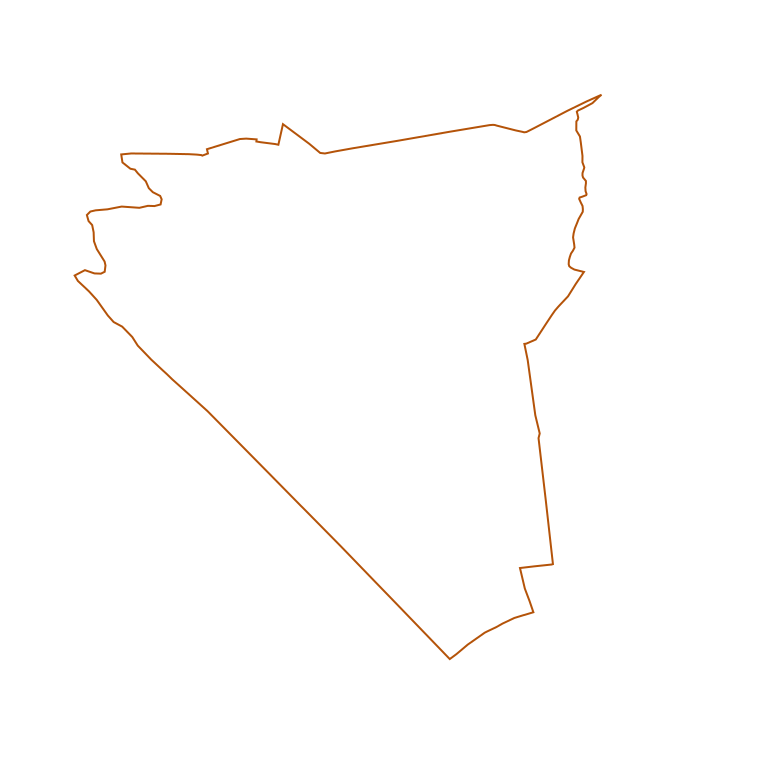 Quan 6, Hồ Chí Minh city, Vietnam (Albers equal-area conic projection), rotated 77°
{"feature_id": "81297802B35379290873600", "entity_name": "Quan 6", "entity_type": "district", "adm_level": 2, "iso_a3": "VNM", "parent_name": "Vietnam", "parent_adm1": "Hồ Chí Minh city", "projection": "albers", "projection_center": [106.632, 10.746], "detail": "fine", "context": "isolated", "style": "outline", "palette": "amber", "viewbox_px": 768, "rotation_deg": 77, "n_neighbors": 0, "source": "geoboundaries", "source_scale": "gbopen_adm2", "svg_char_len": 2277}
<svg xmlns="http://www.w3.org/2000/svg" viewBox="0 0 768 768"><g transform="rotate(77 384 384)"><path d="M101.2,588.4L109.3,589.0L117.2,582.7L119.1,578.5L123.4,576.4L132.9,570.5L140.3,569.1L145.1,566.1L150.4,559.8L154.0,559.1L158.8,561.3L159.0,567.6L157.3,573.9L157.3,582.7L152.1,599.7L151.6,614.1L149.9,626.0L149.9,631.3L152.5,635.5L158.8,635.2L163.5,632.6L170.9,632.8L179.6,634.5L187.9,633.5L201.8,628.7L205.8,628.7L211.8,630.9L212.8,635.0L211.1,641.3L205.8,649.8L208.7,661.0L214.7,659.1L227.4,650.6L237.4,645.0L255.1,637.7L262.8,633.5L269.2,626.2L281.6,618.7L291.2,615.3L307.9,605.3L321.1,596.4L325.3,593.5L331.8,589.3L345.9,579.4L370.7,562.1L448.0,514.5L451.6,512.3L484.2,492.3L485.9,491.2L532.7,462.4L575.1,436.9L601.3,421.1L666.8,381.8L663.6,374.4L656.8,361.1L649.0,341.9L648.3,339.1L647.6,335.9L646.1,329.1L644.1,322.4L641.3,309.7L640.6,299.8L640.6,298.8L640.0,289.8L628.3,291.0L615.0,292.8L593.9,292.9L595.5,278.4L597.6,261.3L597.5,259.9L581.0,258.0L533.4,252.5L471.5,245.6L467.6,243.6L467.2,243.4L448.5,243.6L393.0,238.6L376.5,238.2L376.7,236.3L374.8,226.1L362.1,212.9L354.7,205.1L350.9,200.9L347.9,196.8L346.4,194.6L341.4,187.1L340.0,185.0L329.7,174.7L319.8,164.0L317.1,169.3L315.3,172.8L312.8,175.6L310.9,177.0L308.8,177.1L305.1,176.0L301.9,174.3L298.9,172.4L296.6,169.9L294.0,167.7L290.8,167.3L283.7,166.8L280.0,165.4L275.3,163.0L270.2,159.4L267.1,157.3L260.9,151.6L258.4,150.9L255.2,150.5L251.5,151.4L247.5,152.2L246.3,151.4L246.1,148.8L245.5,144.5L244.5,143.9L241.4,144.2L237.8,143.6L233.9,142.1L231.6,141.6L227.6,143.6L225.5,143.7L223.1,143.1L219.2,140.7L218.0,140.1L212.6,140.8L206.4,139.3L192.8,137.9L186.9,137.4L180.2,139.6L171.4,137.5L170.1,135.8L168.1,134.8L164.4,134.8L162.1,134.9L161.2,133.6L159.9,127.6L158.0,120.6L157.2,117.7L152.7,110.2L151.1,107.0L154.3,123.2L159.1,144.0L168.3,179.6L169.6,184.8L170.5,188.5L170.3,190.8L169.4,192.5L166.6,198.5L157.6,216.0L156.6,217.7L156.0,219.5L155.5,222.9L155.0,230.8L153.0,263.1L150.1,316.0L147.3,361.2L146.4,379.1L146.1,389.7L144.5,394.2L133.0,402.9L108.1,424.0L127.1,433.1L125.7,436.1L120.7,449.7L119.0,453.8L117.0,453.1L113.9,463.1L112.9,469.3L115.4,503.7L119.8,503.7L120.6,509.7L119.9,510.4L118.4,514.7L116.2,522.3L111.2,542.2L102.5,578.5L101.2,588.4Z" fill="none" stroke="#b45309" stroke-width="2"/></g></svg>